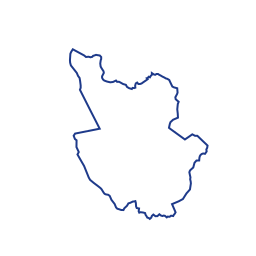 outline of Jucurutu, Rio Grande do Norte, Brazil, rotated 317°
{"feature_id": "56859067B48899253663657", "entity_name": "Jucurutu", "entity_type": "district", "adm_level": 2, "iso_a3": "BRA", "parent_name": "Brazil", "parent_adm1": "Rio Grande do Norte", "projection": "natural_earth1", "projection_center": [-37.004, -6.027], "detail": "fine", "context": "isolated", "style": "outline", "palette": "blue", "viewbox_px": 256, "rotation_deg": 317, "n_neighbors": 0, "source": "geoboundaries", "source_scale": "gbopen_adm2", "svg_char_len": 2463}
<svg xmlns="http://www.w3.org/2000/svg" viewBox="0 0 256 256"><g transform="rotate(317 128 128)"><path d="M118.9,67.3L112.2,90.4L108.6,103.0L106.8,109.2L85.5,96.0L83.0,96.6L81.7,99.8L82.0,101.9L77.3,106.8L75.6,112.0L73.0,112.9L71.2,120.5L70.0,125.8L65.5,137.5L64.9,140.1L65.5,144.8L66.5,150.5L66.9,153.2L66.9,154.7L66.1,158.7L66.0,160.2L66.5,161.4L68.0,163.4L68.3,165.2L67.7,167.0L66.9,169.2L66.4,174.5L65.1,177.9L65.1,179.7L66.0,181.2L67.1,183.3L68.7,184.9L70.6,184.2L72.4,184.2L74.2,184.2L76.9,183.4L78.5,184.2L81.4,185.1L82.4,185.9L83.5,186.5L82.6,188.2L80.4,190.9L79.8,192.5L81.2,194.4L79.0,196.2L78.5,197.6L79.7,198.1L81.4,200.1L82.5,201.9L81.7,203.3L81.4,205.1L81.0,206.7L81.8,208.0L81.9,209.3L83.9,209.4L85.4,208.6L87.5,208.6L87.9,211.2L89.4,212.5L92.1,212.5L92.4,214.5L93.2,215.9L94.4,216.4L95.1,217.4L95.4,219.8L96.5,219.8L97.9,221.3L99.7,221.5L101.0,223.2L102.1,222.8L103.7,222.6L105.3,222.1L108.3,213.7L115.1,216.2L119.7,217.4L126.2,215.7L131.4,215.2L136.2,211.4L137.4,209.8L138.5,207.9L140.0,206.7L141.4,204.3L142.7,202.2L143.8,201.6L144.9,201.3L148.8,201.4L152.9,198.8L155.9,198.5L157.9,200.3L159.9,198.5L161.3,197.6L162.8,197.2L164.2,197.3L165.6,197.9L166.7,199.4L169.5,198.8L170.7,197.1L172.4,196.5L174.2,195.1L173.8,188.3L173.4,181.0L171.7,179.4L170.7,176.5L166.4,175.9L161.8,175.2L158.4,157.9L158.1,155.8L159.1,155.1L161.3,153.6L163.0,152.7L166.6,152.7L171.6,154.5L174.2,151.4L176.8,147.9L180.8,144.4L182.9,143.4L182.5,139.5L183.6,137.8L187.1,136.6L188.4,135.9L191.1,132.5L189.3,129.6L188.7,127.9L190.2,123.1L190.9,121.0L190.3,118.9L189.4,117.4L189.1,116.1L188.2,113.8L187.6,111.7L187.1,110.4L186.8,109.0L185.6,107.9L184.3,107.7L183.5,106.7L182.9,104.1L181.7,105.4L180.0,105.4L178.6,105.9L178.0,104.6L176.9,104.9L175.7,104.4L175.6,105.7L173.9,105.5L170.0,104.9L168.3,104.7L166.8,104.0L165.6,102.9L165.7,101.0L164.1,100.7L162.0,102.0L160.9,103.5L159.7,103.0L158.7,101.8L157.4,102.1L155.9,99.5L155.3,97.2L155.9,95.0L154.4,92.5L153.4,89.3L152.9,88.0L151.5,86.8L151.6,85.1L148.4,84.1L146.2,82.5L144.3,79.7L143.0,77.1L142.8,75.5L143.3,73.6L144.3,72.5L147.9,71.2L148.8,69.8L149.4,66.4L149.9,64.4L151.7,61.9L154.3,59.8L155.4,59.3L156.8,57.8L156.8,55.7L155.6,54.2L154.5,52.7L152.8,52.0L151.7,51.4L150.5,51.6L148.8,50.7L147.8,49.0L145.7,47.4L145.4,45.0L141.3,32.8L138.3,33.6L136.5,34.4L131.8,38.8L130.2,40.8L128.9,43.3L128.1,52.8L127.0,55.8L126.7,58.4L125.0,61.0L122.4,64.6L120.8,66.3L118.9,67.3Z" fill="none" stroke="#1e3a8a" stroke-width="2"/></g></svg>